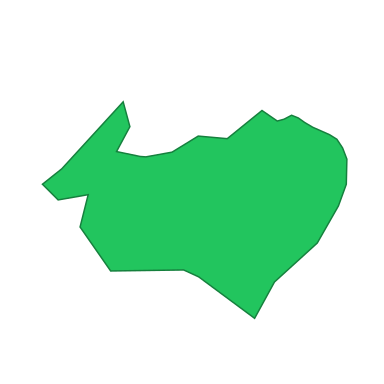 an SVG outline of Križevci, rotated 287°
{"feature_id": "SVN-266", "entity_name": "Križevci", "entity_type": "Municipality", "adm_level": 1, "iso_a3": "SVN", "parent_name": "Slovenia", "parent_adm1": "", "projection": "orthographic", "projection_center": [16.14, 46.575], "detail": "fine", "context": "isolated", "style": "filled", "palette": "green", "viewbox_px": 384, "rotation_deg": 287, "n_neighbors": 0, "source": "natural_earth", "source_scale": "10m", "svg_char_len": 558}
<svg xmlns="http://www.w3.org/2000/svg" viewBox="0 0 384 384"><g transform="rotate(287 192 192)"><path d="M155.7,46.7L176.1,60.7L258.1,99.8L236.3,113.5L208.6,108.0L210.8,131.9L212.1,137.6L224.3,161.3L247.3,181.6L253.3,210.1L290.4,235.1L284.8,252.8L288.5,258.7L294.5,264.8L293.9,272.0L291.4,279.5L289.2,288.6L287.0,306.9L284.8,315.1L278.2,323.1L268.7,330.5L244.5,337.3L221.5,336.1L179.8,326.7L130.1,297.2L89.5,288.8L112.8,223.2L115.0,206.8L92.7,137.3L125.8,95.2L159.1,93.5L145.3,66.3L155.7,46.7Z" fill="#22c55e" stroke="#15803d" stroke-width="1.5"/></g></svg>